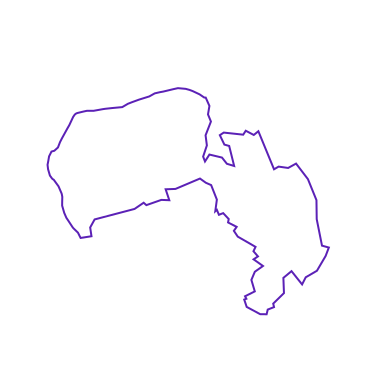 the district of Jegunovtse, Jegunovce, North Macedonia, rotated 287°
{"feature_id": "65306769B4612015917677", "entity_name": "Jegunovtse", "entity_type": "district", "adm_level": 2, "iso_a3": "MKD", "parent_name": "North Macedonia", "parent_adm1": "Jegunovce", "projection": "mercator", "projection_center": [21.125, 42.1], "detail": "fine", "context": "isolated", "style": "outline", "palette": "violet", "viewbox_px": 384, "rotation_deg": 287, "n_neighbors": 0, "source": "geoboundaries", "source_scale": "gbopen_adm2", "svg_char_len": 1685}
<svg xmlns="http://www.w3.org/2000/svg" viewBox="0 0 384 384"><g transform="rotate(287 192 192)"><path d="M220.6,313.4L238.2,299.1L249.6,283.2L243.1,276.9L241.6,267.4L237.7,263.8L269.5,237.7L264.6,234.4L266.3,225.5L261.8,224.2L258.1,205.0L254.5,202.0L246.8,209.1L246.9,214.1L229.2,224.7L229.2,217.1L233.7,210.6L232.9,197.7L225.0,195.5L229.1,192.3L240.9,192.6L250.2,188.4L264.9,189.5L270.9,184.6L279.4,183.5L286.3,177.5L285.9,176.1L287.6,170.7L288.7,163.1L288.9,159.8L288.8,155.8L287.2,148.2L284.9,144.1L279.6,135.1L278.0,132.0L275.4,127.5L270.9,123.2L264.9,114.4L260.3,108.3L257.6,104.9L252.8,100.5L248.9,91.0L246.2,84.7L245.1,82.4L240.8,74.0L239.0,67.9L237.1,64.5L233.9,59.1L232.8,57.9L231.6,57.2L229.1,56.4L220.0,55.1L216.1,54.2L205.1,51.9L201.1,51.2L195.4,50.8L191.2,48.3L189.6,45.8L184.3,44.9L179.6,45.5L175.8,45.9L171.7,47.7L166.2,51.3L164.0,54.2L163.6,55.0L163.3,56.2L158.4,62.7L152.5,67.7L151.7,68.2L149.4,69.4L144.7,70.7L141.0,71.8L134.7,75.9L130.6,79.4L128.4,82.1L123.4,88.1L122.6,89.3L119.8,94.8L115.5,98.9L120.3,108.8L128.3,105.0L137.3,106.9L159.0,142.0L167.6,148.9L166.1,152.2L175.5,165.0L177.5,172.7L186.9,166.0L190.1,175.3L207.2,195.7L204.9,202.5L204.2,208.3L192.0,218.0L180.4,219.9L182.2,221.0L178.1,224.4L180.9,228.0L176.9,235.0L173.4,235.4L171.7,244.9L167.1,243.4L162.7,248.8L158.1,268.8L153.3,268.1L149.7,273.9L145.6,270.6L142.0,281.5L134.1,275.4L125.3,274.5L115.3,281.1L107.8,273.2L105.8,275.2L104.4,273.4L98.1,277.9L95.1,292.9L96.9,299.1L101.7,298.8L105.9,304.1L109.0,302.3L122.2,309.5L136.6,304.5L145.4,310.3L135.8,324.3L143.7,325.7L153.2,334.5L169.9,338.5L178.9,339.1L178.7,332.0L202.5,319.2L220.6,313.4Z" fill="none" stroke="#5b21b6" stroke-width="2"/></g></svg>